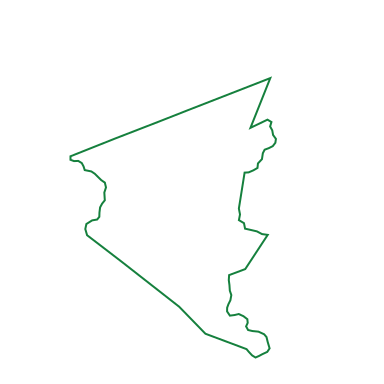 General Sampaio, Ceará, Brazil (Robinson projection), rotated 290°
{"feature_id": "56859067B86907470602863", "entity_name": "General Sampaio", "entity_type": "district", "adm_level": 2, "iso_a3": "BRA", "parent_name": "Brazil", "parent_adm1": "Ceará", "projection": "robinson", "projection_center": [-39.467, -4.064], "detail": "fine", "context": "isolated", "style": "outline", "palette": "green", "viewbox_px": 384, "rotation_deg": 290, "n_neighbors": 0, "source": "geoboundaries", "source_scale": "gbopen_adm2", "svg_char_len": 1234}
<svg xmlns="http://www.w3.org/2000/svg" viewBox="0 0 384 384"><g transform="rotate(290 192 192)"><path d="M137.0,113.4L133.7,112.3L131.2,107.9L125.8,103.7L120.7,104.4L115.5,108.2L114.0,113.0L102.3,150.1L79.8,219.2L63.4,253.1L63.0,297.0L61.2,300.1L59.0,304.4L58.2,308.3L60.9,311.1L63.6,313.5L67.5,317.4L71.6,318.4L77.0,314.4L81.2,311.6L83.0,308.4L83.5,302.2L82.0,296.3L81.5,291.9L84.2,288.8L88.1,289.1L91.4,287.5L92.9,282.8L93.3,277.6L90.9,274.0L88.8,269.9L91.8,265.8L95.3,264.6L99.0,264.6L103.4,265.1L108.6,264.2L112.2,261.3L117.4,259.0L121.8,256.7L126.6,255.3L137.8,268.4L177.6,277.8L176.4,272.2L177.2,266.5L176.3,259.0L175.7,254.4L180.5,251.5L181.6,245.7L187.3,244.8L192.5,241.7L228.2,234.8L229.8,238.5L233.4,242.3L237.0,245.3L241.4,244.2L246.8,246.5L252.7,245.3L256.6,245.8L259.5,249.2L262.7,252.2L266.8,253.5L270.6,252.7L273.3,248.7L277.4,246.3L280.3,243.0L284.9,242.7L285.8,238.2L272.3,225.0L325.8,226.6L267.6,160.3L247.0,137.0L215.8,101.3L184.0,65.6L180.7,66.8L180.7,70.6L182.3,74.5L181.5,78.5L179.0,81.3L175.9,83.7L176.9,90.4L175.9,94.4L174.1,98.3L172.1,102.7L171.0,106.9L166.9,109.6L161.5,109.8L157.6,111.5L154.4,112.9L150.3,111.5L146.1,110.9L140.9,112.1L137.0,113.4Z" fill="none" stroke="#15803d" stroke-width="2"/></g></svg>